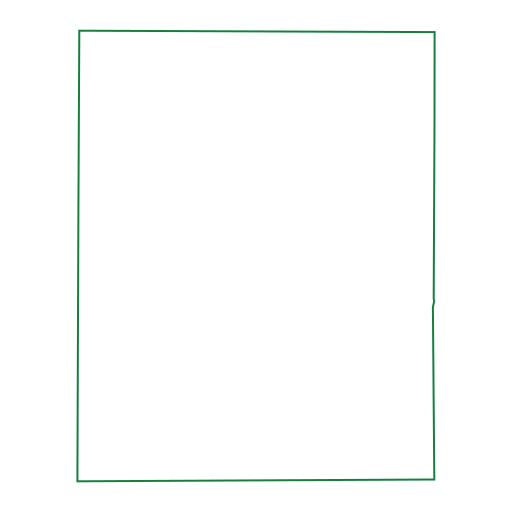 Fayette, Iowa, United States of America (Albers equal-area conic projection)
{"feature_id": "52423323B37143192465063", "entity_name": "Fayette", "entity_type": "district", "adm_level": 2, "iso_a3": "USA", "parent_name": "United States of America", "parent_adm1": "Iowa", "projection": "albers", "projection_center": [-91.797, 42.862], "detail": "fine", "context": "isolated", "style": "outline", "palette": "green", "viewbox_px": 512, "rotation_deg": 0, "n_neighbors": 0, "source": "geoboundaries", "source_scale": "gbopen_adm2", "svg_char_len": 241}
<svg xmlns="http://www.w3.org/2000/svg" viewBox="0 0 512 512"><path d="M78.4,210.4L77.4,481.3L434.3,479.5L432.9,307.0L434.2,301.1L433.7,298.6L434.5,122.5L434.6,32.1L79.3,30.7L78.4,210.4Z" fill="none" stroke="#15803d" stroke-width="2"/></svg>